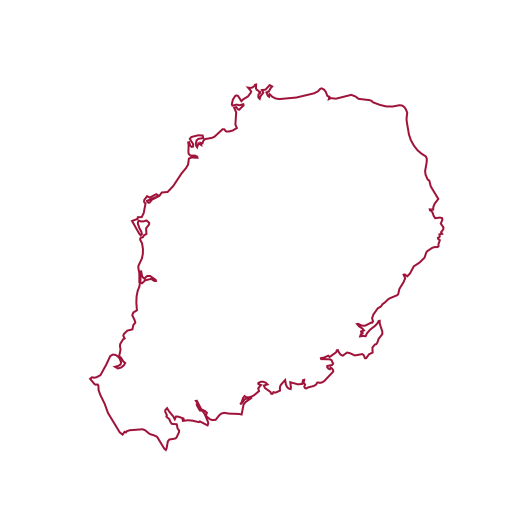 map outline of Hainan (Mercator projection), rotated 166°
{"feature_id": "CHN-1775", "entity_name": "Hainan", "entity_type": "Province", "adm_level": 1, "iso_a3": "CHN", "parent_name": "China", "parent_adm1": "", "projection": "mercator", "projection_center": [109.857, 19.166], "detail": "fine", "context": "isolated", "style": "outline", "palette": "rose", "viewbox_px": 512, "rotation_deg": 166, "n_neighbors": 0, "source": "natural_earth", "source_scale": "10m", "svg_char_len": 6103}
<svg xmlns="http://www.w3.org/2000/svg" viewBox="0 0 512 512"><g transform="rotate(166 256 256)"><path d="M442.9,170.0L443.8,171.0L446.7,177.0L444.4,178.0L442.7,177.1L440.2,176.9L435.8,178.0L427.6,186.8L421.7,194.1L418.9,195.0L416.4,194.1L414.4,192.1L413.1,189.4L412.6,185.6L413.7,183.5L416.2,182.7L419.6,182.6L417.2,180.3L413.9,180.4L410.7,181.9L408.8,183.8L410.3,185.9L411.7,190.2L413.1,191.7L410.1,197.9L409.8,201.5L409.1,203.4L405.3,207.2L403.4,207.8L404.1,210.7L403.0,212.3L399.0,214.7L393.7,214.7L391.7,218.7L389.2,220.6L389.3,223.3L390.4,228.5L388.6,230.9L384.7,232.1L383.3,240.1L381.6,245.8L379.2,250.9L376.4,254.8L375.1,258.4L373.2,257.1L369.4,259.2L364.0,259.2L362.8,258.7L360.9,256.5L359.1,256.0L359.1,257.1L363.6,262.2L366.2,262.9L368.0,262.2L369.7,260.9L371.1,262.9L371.4,264.2L371.1,269.7L372.2,267.2L374.3,259.2L375.4,259.2L373.4,267.4L373.0,273.3L372.4,275.0L367.3,281.2L365.3,285.4L364.0,290.2L363.5,295.9L364.5,299.9L363.8,301.3L361.0,301.7L359.9,303.1L357.0,303.9L355.9,309.5L352.1,312.5L351.6,314.0L353.7,317.0L356.9,316.8L359.4,317.4L361.3,318.7L362.5,317.1L362.8,315.7L362.4,311.3L361.4,307.2L361.4,304.9L362.9,303.9L364.0,306.2L367.8,320.0L362.2,320.6L361.3,322.2L357.5,321.4L354.6,324.8L350.5,333.6L351.5,335.5L350.9,337.4L347.2,340.4L344.9,338.4L337.9,340.1L336.4,338.7L338.0,337.4L348.4,335.9L348.4,334.7L347.2,333.6L346.2,333.6L343.5,335.8L335.2,337.7L332.1,340.4L326.3,339.5L319.4,343.9L308.3,354.1L302.7,358.2L299.9,361.0L297.5,366.8L294.7,367.2L289.0,365.5L289.0,366.5L290.9,368.2L295.3,369.3L296.6,371.2L296.4,373.4L294.6,379.6L294.3,382.6L293.3,382.6L293.2,379.2L292.0,377.4L290.6,377.4L289.9,379.8L291.9,385.7L289.9,387.1L282.8,387.1L278.6,385.8L278.6,383.2L283.6,383.6L285.7,382.6L287.3,379.2L287.4,377.3L286.8,375.7L284.6,379.2L282.4,377.0L282.4,379.2L280.7,378.2L279.4,380.3L278.1,381.4L276.4,381.7L270.3,381.3L267.6,381.7L257.7,387.1L256.0,386.5L255.2,384.5L254.3,383.8L251.4,383.3L248.3,383.4L243.6,384.8L244.2,388.5L240.5,400.1L241.3,405.2L239.1,405.2L238.1,402.7L237.0,402.0L231.6,405.2L231.6,406.4L235.4,406.2L238.2,407.6L242.5,407.6L242.8,408.9L240.7,413.2L237.7,416.1L236.5,416.6L234.8,415.8L232.7,409.8L230.6,411.1L225.1,412.8L221.5,415.8L220.9,416.6L221.1,417.5L223.0,421.3L220.7,420.4L218.6,420.4L216.8,421.1L215.5,422.4L214.4,422.4L215.5,418.5L215.1,417.1L213.7,415.8L213.2,414.4L212.4,414.4L212.3,413.9L212.6,413.1L214.4,412.2L215.2,410.2L215.3,409.2L214.4,407.6L213.0,409.9L209.4,412.7L210.1,415.6L206.5,415.1L201.4,418.5L199.3,416.6L201.3,415.2L203.6,412.7L206.3,412.2L205.8,408.6L204.8,407.4L203.7,409.8L201.7,406.6L198.9,404.1L195.3,402.6L178.5,400.0L160.3,399.8L156.0,400.8L153.2,402.7L151.6,402.7L149.6,400.8L148.6,398.4L148.0,394.0L146.3,392.8L147.4,390.6L145.2,391.1L140.4,389.3L124.5,389.3L120.9,386.7L118.5,383.7L108.0,379.7L106.4,378.6L105.3,376.8L99.3,372.7L93.7,369.7L87.4,368.0L80.4,367.6L77.9,366.7L76.3,365.0L75.1,362.1L74.6,358.4L76.7,352.9L77.2,350.1L78.2,337.0L77.7,330.9L76.1,324.9L73.7,319.5L70.7,315.3L67.2,311.6L66.7,309.4L67.5,306.2L71.4,297.4L71.8,293.6L70.9,288.7L69.6,287.1L69.6,281.2L65.3,267.3L69.9,263.6L71.9,261.0L72.9,258.2L76.1,259.2L76.1,258.2L74.9,257.2L74.2,255.4L73.9,251.9L73.0,249.3L68.3,248.8L66.4,247.9L66.3,246.2L68.9,242.7L67.2,238.4L67.9,236.5L70.7,234.3L70.0,232.5L72.8,232.6L72.9,230.8L73.4,230.0L75.1,229.6L75.1,228.5L73.8,226.9L76.1,223.3L76.6,221.2L77.8,220.8L81.0,221.5L83.3,221.2L88.6,219.3L89.8,218.4L92.9,213.6L98.8,210.1L105.4,207.8L110.7,201.9L114.1,199.7L116.1,202.1L117.3,202.1L116.6,198.4L119.1,195.0L124.8,189.4L127.3,184.5L128.5,183.8L136.5,182.6L138.4,181.9L142.3,179.7L144.6,178.8L147.0,176.8L150.6,175.7L156.2,170.9L158.4,167.6L158.3,164.2L159.3,163.2L160.4,163.5L166.8,162.0L168.9,162.4L170.6,163.2L173.3,165.5L174.4,165.5L173.0,162.8L170.3,159.9L169.3,157.7L172.3,157.4L172.3,156.3L171.2,156.3L171.2,155.1L173.3,154.5L174.4,152.8L171.6,152.6L169.0,151.6L167.1,154.1L163.1,156.9L157.1,159.6L154.5,161.3L152.8,163.2L151.7,163.2L152.3,160.2L151.7,152.2L152.3,149.7L157.1,145.9L159.3,142.5L160.6,141.4L162.1,141.3L165.2,139.0L166.2,134.1L170.1,133.3L173.8,130.2L175.0,130.5L175.5,133.8L176.6,135.1L184.1,135.6L188.3,138.9L191.0,140.3L195.9,138.3L197.7,139.7L198.9,142.3L199.3,144.9L200.4,144.9L201.5,143.2L209.0,140.2L210.0,141.8L214.5,141.0L217.7,141.2L217.7,140.2L209.4,137.9L208.0,136.8L207.2,132.9L208.8,131.8L213.4,132.1L213.8,130.9L213.0,129.2L211.8,128.2L210.7,129.7L209.7,128.8L208.9,127.0L209.0,125.2L219.9,118.2L222.4,117.4L224.7,117.4L226.3,118.3L227.3,118.3L228.8,116.7L231.3,115.9L237.0,115.9L239.3,115.3L240.3,115.9L240.8,117.4L239.4,119.5L240.3,120.6L240.3,121.8L239.2,124.2L240.3,124.2L242.2,120.7L246.3,121.3L253.3,125.2L253.9,120.1L254.6,118.5L256.5,119.6L257.6,121.5L258.1,124.0L257.7,128.6L263.2,124.9L264.7,122.5L265.2,119.6L270.2,118.7L272.0,119.7L273.3,118.3L274.5,118.6L274.9,120.6L279.2,125.7L279.7,128.4L275.9,128.6L277.3,130.8L279.5,132.3L282.0,132.8L284.6,132.1L284.6,131.0L282.4,129.6L285.9,127.0L285.7,124.2L291.5,121.4L294.3,120.6L297.7,120.7L299.8,121.4L300.9,122.9L302.9,121.4L305.2,117.6L307.2,115.9L305.5,116.6L301.8,119.6L300.1,119.9L294.3,119.6L301.7,116.7L304.0,114.9L308.3,105.7L310.6,106.8L320.3,109.6L324.7,111.5L327.8,111.5L330.1,110.4L334.8,106.8L337.9,107.3L340.2,108.7L343.0,112.6L343.0,113.7L341.6,115.7L342.7,117.6L346.2,120.6L348.4,129.9L349.4,129.9L348.4,127.5L348.4,126.4L349.4,126.4L349.4,125.2L348.1,120.4L347.8,119.6L346.2,119.2L345.2,118.2L344.0,114.9L342.7,106.4L342.9,105.0L344.0,103.4L350.5,109.1L351.6,108.6L357.7,111.7L361.8,113.1L366.8,113.7L366.8,114.9L365.7,114.9L365.7,115.9L370.4,119.0L372.5,119.6L374.3,117.2L375.1,120.4L378.0,126.4L379.1,129.9L381.3,128.4L381.8,127.0L381.0,123.1L381.8,121.8L379.6,118.7L379.2,115.8L378.3,113.5L373.6,111.9L373.8,107.4L372.8,105.4L373.3,103.7L377.1,99.0L378.8,98.4L384.5,98.9L386.4,97.4L389.3,91.0L390.4,89.6L391.6,91.3L395.7,104.4L397.8,106.3L402.3,109.1L405.7,113.7L407.9,115.3L420.7,117.5L423.9,117.2L424.9,116.3L426.1,117.2L428.7,115.0L430.9,117.9L437.6,139.5L438.6,149.3L440.7,159.1L441.2,163.7L440.3,168.3L440.7,169.6L442.9,170.0Z" fill="none" stroke="#9f1239" stroke-width="2"/></g></svg>